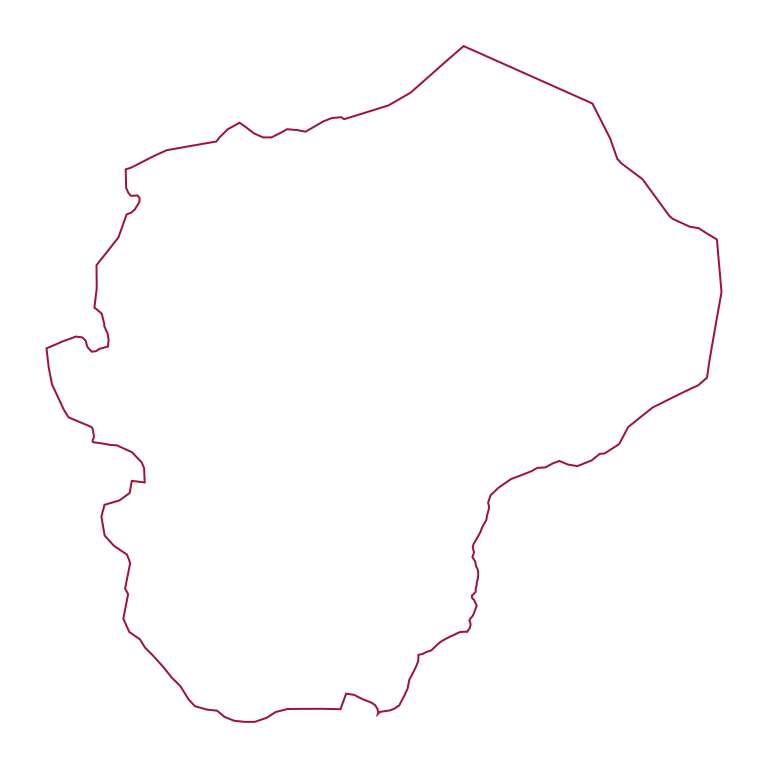 outline of Bura', Al Hudaydah, Yemen
{"feature_id": "15242507B60755531991601", "entity_name": "Bura'", "entity_type": "district", "adm_level": 2, "iso_a3": "YEM", "parent_name": "Yemen", "parent_adm1": "Al Hudaydah", "projection": "orthographic", "projection_center": [43.464, 14.907], "detail": "fine", "context": "isolated", "style": "outline", "palette": "rose", "viewbox_px": 768, "rotation_deg": 0, "n_neighbors": 0, "source": "geoboundaries", "source_scale": "gbopen_adm2", "svg_char_len": 3460}
<svg xmlns="http://www.w3.org/2000/svg" viewBox="0 0 768 768"><path d="M463.6,46.1L447.3,60.2L410.8,92.5L388.5,105.4L344.1,119.2L341.2,117.2L332.0,118.0L323.7,121.2L315.4,126.0L305.5,131.7L297.2,130.1L287.2,129.2L279.7,133.3L271.4,137.4L264.2,137.4L263.0,137.4L253.9,133.3L246.3,127.5L245.2,126.7L244.9,126.5L244.0,125.9L239.6,122.7L228.0,129.1L219.7,137.2L216.4,141.5L199.6,144.4L195.4,145.2L193.1,145.5L183.2,147.3L166.7,150.2L154.5,155.7L146.7,159.7L140.8,162.7L131.0,167.7L127.5,168.8L125.7,169.4L126.1,187.8L128.5,193.1L130.9,195.8L135.3,195.6L137.7,195.5L139.6,198.2L139.3,202.2L134.7,209.6L131.1,212.7L126.6,214.4L118.4,237.5L111.6,246.1L96.5,265.2L96.5,266.1L96.7,283.2L96.7,288.6L94.4,307.7L94.9,307.9L101.7,313.6L104.1,323.3L104.3,324.2L104.2,326.0L107.7,333.9L108.6,339.7L108.3,343.0L108.0,346.5L99.3,348.9L96.0,351.2L91.7,351.7L87.5,347.1L85.5,340.3L82.0,337.3L75.8,336.6L68.6,339.3L61.8,341.7L57.5,343.7L46.5,348.4L48.7,367.4L50.4,376.0L52.0,384.3L59.0,399.3L62.9,407.8L63.8,409.7L66.5,414.0L68.6,417.4L91.0,426.8L92.4,428.1L93.0,430.8L93.8,435.4L93.8,437.9L93.0,439.2L92.6,440.7L92.8,441.9L93.8,442.3L95.4,442.5L104.3,443.8L110.9,445.0L116.8,445.3L132.1,452.3L137.1,457.6L141.6,462.2L144.1,468.1L144.7,482.4L131.8,480.9L129.7,493.0L119.2,500.5L104.5,504.8L103.3,509.5L102.8,511.1L101.4,516.5L102.5,523.1L104.6,535.2L104.7,535.6L111.9,543.6L114.3,546.1L126.9,554.5L129.0,559.8L129.9,562.3L130.2,563.0L125.1,588.5L128.1,594.2L123.3,618.8L129.3,632.0L139.9,639.3L145.0,647.6L153.0,655.6L163.3,667.0L171.4,677.2L180.5,686.3L188.6,699.4L194.9,706.2L206.9,709.6L217.1,710.7L224.5,716.9L234.2,720.8L245.1,721.9L254.7,721.9L266.6,717.8L275.7,712.0L287.6,709.0L300.7,708.9L309.3,708.9L315.7,708.8L321.2,708.8L340.5,709.2L346.1,693.7L354.3,694.9L356.7,696.2L360.5,698.2L365.5,700.4L370.9,702.4L374.9,704.9L377.4,708.7L378.2,712.5L377.8,714.0L379.8,712.0L383.0,711.4L389.6,710.5L391.4,709.8L394.4,708.6L399.2,705.4L404.1,696.1L407.6,688.6L409.3,679.8L413.5,671.8L415.9,666.9L416.7,664.9L418.1,661.5L418.4,658.1L418.4,654.8L422.2,654.1L424.6,652.9L427.0,651.8L431.3,650.4L438.1,643.8L441.7,641.1L446.1,638.7L450.1,636.6L453.9,635.0L456.9,633.4L460.2,632.0L466.9,631.6L467.1,631.8L468.3,630.2L469.8,628.0L470.6,624.7L470.3,622.8L469.4,620.4L470.4,618.5L472.0,616.7L473.1,615.2L475.7,608.4L476.7,605.6L476.4,605.0L475.6,603.2L474.1,599.9L472.2,598.2L471.8,595.6L473.7,594.0L475.7,591.8L475.7,589.0L476.7,584.7L476.7,582.8L477.9,578.4L478.2,575.0L478.2,572.2L477.6,569.3L475.9,565.7L475.4,562.0L474.8,560.7L473.8,559.4L472.4,556.9L474.1,552.2L473.4,550.1L472.7,547.3L473.5,544.2L479.0,534.7L480.7,531.4L482.0,527.6L483.8,524.5L484.0,524.1L486.2,520.3L487.2,514.9L488.9,508.8L488.9,505.7L488.1,502.7L490.6,495.2L498.3,487.9L511.1,479.0L523.9,474.2L531.6,471.1L537.3,467.9L545.5,467.4L553.2,463.2L559.4,461.0L568.1,464.6L577.4,466.1L591.8,460.3L599.7,453.9L603.1,453.6L604.5,453.5L615.9,446.2L619.1,444.1L623.5,435.9L624.7,433.7L628.3,426.9L629.2,426.2L636.4,420.5L640.8,416.9L643.9,414.5L651.7,408.2L652.8,407.4L681.3,393.2L690.4,388.9L698.2,385.3L704.6,379.8L707.0,377.7L709.6,359.6L710.4,355.3L713.5,337.4L713.9,334.9L715.7,324.8L719.5,303.4L720.0,300.3L720.1,300.0L721.5,292.0L716.9,239.5L707.5,233.8L706.8,233.5L698.6,228.1L697.2,227.9L689.7,226.7L678.0,221.3L672.7,218.8L670.4,216.8L670.0,216.7L666.1,211.5L655.5,197.0L642.4,179.1L620.6,162.8L619.1,160.5L617.5,159.4L610.2,138.5L592.4,103.5L463.6,46.1Z" fill="none" stroke="#9f1239" stroke-width="2"/></svg>